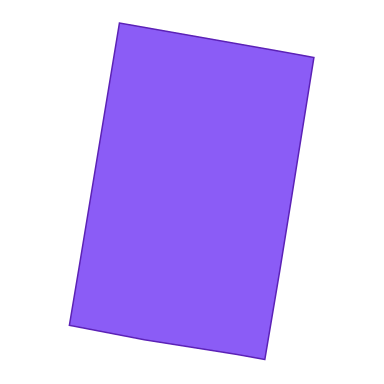 outline of Tipton, Indiana, United States of America, rotated 100°
{"feature_id": "52423323B43901901323183", "entity_name": "Tipton", "entity_type": "district", "adm_level": 2, "iso_a3": "USA", "parent_name": "United States of America", "parent_adm1": "Indiana", "projection": "equal_earth", "projection_center": [-86.011, 40.311], "detail": "fine", "context": "isolated", "style": "filled", "palette": "violet", "viewbox_px": 384, "rotation_deg": 100, "n_neighbors": 0, "source": "geoboundaries", "source_scale": "gbopen_adm2", "svg_char_len": 307}
<svg xmlns="http://www.w3.org/2000/svg" viewBox="0 0 384 384"><g transform="rotate(100 192 192)"><path d="M344.6,289.6L345.8,213.0L344.2,121.2L344.3,91.2L253.2,91.9L184.8,92.9L131.4,93.8L38.4,95.3L38.2,126.2L38.2,292.8L285.4,290.1L344.6,289.6Z" fill="#8b5cf6" stroke="#5b21b6" stroke-width="1.5"/></g></svg>